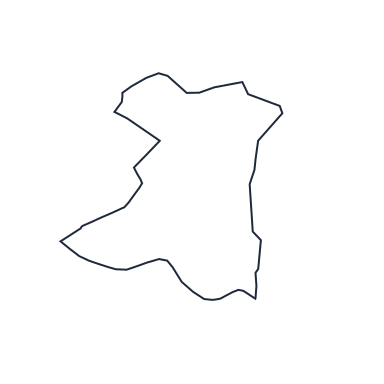 outline of Um Dukhun, Central Darfur, Sudan, rotated 40°
{"feature_id": "16777658B96624341658613", "entity_name": "Um Dukhun", "entity_type": "district", "adm_level": 2, "iso_a3": "SDN", "parent_name": "Sudan", "parent_adm1": "Central Darfur", "projection": "albers", "projection_center": [23.084, 11.374], "detail": "fine", "context": "isolated", "style": "outline", "palette": "slate", "viewbox_px": 384, "rotation_deg": 40, "n_neighbors": 0, "source": "geoboundaries", "source_scale": "gbopen_adm2", "svg_char_len": 1335}
<svg xmlns="http://www.w3.org/2000/svg" viewBox="0 0 384 384"><g transform="rotate(40 192 192)"><path d="M74.9,160.8L77.2,163.4L80.3,168.1L80.4,168.6L81.1,180.5L88.3,178.8L94.8,177.3L134.2,173.5L134.4,173.5L132.9,196.1L132.8,197.0L131.8,210.5L133.8,211.5L139.3,213.7L143.9,215.2L148.2,217.4L148.4,219.2L148.9,221.9L149.8,235.7L150.2,240.5L150.0,247.2L149.0,249.1L146.1,255.3L143.3,261.1L138.7,270.2L134.7,278.7L129.9,288.4L129.8,289.9L130.1,291.6L129.9,292.1L123.0,314.3L123.5,314.3L124.3,314.3L130.3,314.2L136.0,314.1L137.7,314.0L146.9,313.6L157.3,310.8L161.5,309.2L168.4,306.5L170.1,305.8L175.1,303.8L183.4,300.1L186.7,297.5L191.8,293.6L195.3,287.9L198.3,282.9L200.2,279.6L201.2,277.9L203.5,274.0L204.3,272.9L205.3,271.4L207.7,267.8L209.8,264.6L217.1,260.5L225.5,262.1L242.0,267.5L248.0,267.6L256.8,267.8L270.1,266.2L276.7,261.7L277.5,261.0L278.7,259.7L280.7,257.4L282.1,255.7L282.6,254.7L284.5,249.8L286.3,245.5L287.4,242.7L288.0,241.6L290.4,237.2L294.8,234.7L306.0,233.4L309.1,233.0L308.9,232.5L305.0,227.1L301.7,222.5L292.6,213.1L292.2,208.4L275.7,184.6L264.0,183.3L248.7,167.3L231.2,149.0L225.6,134.9L219.4,125.7L209.7,110.2L210.6,73.6L203.9,69.7L172.1,81.0L159.9,75.4L141.8,97.5L133.7,111.3L124.2,119.5L98.7,118.7L90.1,122.5L83.6,134.0L77.7,149.9L75.5,158.6L74.9,160.8Z" fill="none" stroke="#1e293b" stroke-width="2"/></g></svg>